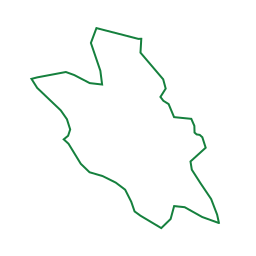 outline of Bar, rotated 187°
{"feature_id": "MNE-1496", "entity_name": "Bar", "entity_type": "Municipality", "adm_level": 1, "iso_a3": "MNE", "parent_name": "Montenegro", "parent_adm1": "", "projection": "mercator", "projection_center": [19.125, 42.167], "detail": "fine", "context": "isolated", "style": "outline", "palette": "green", "viewbox_px": 256, "rotation_deg": 187, "n_neighbors": 0, "source": "natural_earth", "source_scale": "10m", "svg_char_len": 782}
<svg xmlns="http://www.w3.org/2000/svg" viewBox="0 0 256 256"><g transform="rotate(187 128 128)"><path d="M190.4,108.9L186.5,113.0L185.2,119.5L189.7,129.3L189.8,129.4L196.9,137.3L223.0,156.7L229.8,165.0L224.2,167.2L196.5,176.0L187.8,174.0L171.5,167.9L159.0,168.0L162.4,181.4L175.2,207.9L171.5,223.3L128.5,217.7L125.8,218.2L125.7,218.2L124.8,204.3L99.0,180.6L95.4,171.7L99.6,162.8L96.2,159.3L90.6,156.7L83.6,144.4L66.3,144.8L62.4,138.2L61.4,131.6L59.1,130.0L56.0,129.9L53.1,127.9L48.5,117.9L61.9,102.4L59.6,94.4L49.3,82.0L36.8,67.6L29.0,52.9L26.2,44.9L26.4,44.8L43.5,48.7L62.1,56.3L72.7,56.1L74.6,42.9L82.8,32.7L105.0,42.5L111.3,46.0L115.8,55.2L123.3,66.4L133.5,72.3L147.4,77.2L160.8,79.4L170.5,86.7L185.1,105.1L190.4,108.9Z" fill="none" stroke="#15803d" stroke-width="2"/></g></svg>